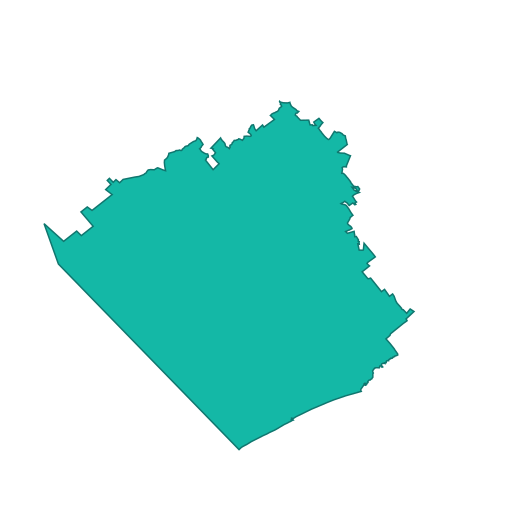 the district of Tizimín, Yucatán, Mexico, rotated 136°
{"feature_id": "50627088B55202518937979", "entity_name": "Tizimín", "entity_type": "district", "adm_level": 2, "iso_a3": "MEX", "parent_name": "Mexico", "parent_adm1": "Yucatán", "projection": "equal_earth", "projection_center": [-87.983, 21.249], "detail": "fine", "context": "isolated", "style": "filled", "palette": "teal", "viewbox_px": 512, "rotation_deg": 136, "n_neighbors": 0, "source": "geoboundaries", "source_scale": "gbopen_adm2", "svg_char_len": 6000}
<svg xmlns="http://www.w3.org/2000/svg" viewBox="0 0 512 512"><g transform="rotate(136 256 256)"><path d="M402.7,128.5L399.9,128.5L398.1,128.2L395.0,127.3L394.9,127.4L394.2,127.0L388.2,125.7L375.5,121.8L371.7,120.4L369.0,119.7L363.3,117.7L359.4,116.7L358.8,116.6L352.8,115.2L349.3,114.0L347.0,113.4L346.5,113.1L344.9,112.7L344.8,113.0L343.2,112.1L343.2,113.5L344.0,113.7L344.0,114.1L342.9,114.0L342.8,114.4L342.7,114.3L342.7,113.7L342.9,113.4L343.0,113.2L342.6,113.2L342.5,113.3L338.9,112.6L322.8,107.4L306.4,101.1L299.8,98.4L288.5,93.1L274.3,85.5L274.0,86.6L273.1,87.3L269.1,88.1L267.6,88.2L267.1,87.0L266.3,86.8L266.2,87.1L266.3,87.0L266.5,87.2L266.9,87.7L267.2,87.8L267.1,88.1L267.3,88.1L267.3,88.4L267.6,88.5L267.3,88.9L266.9,89.0L266.2,88.9L265.7,88.3L265.6,87.8L266.0,87.4L265.9,87.2L265.5,87.3L265.3,87.2L265.3,87.5L265.2,87.2L264.8,87.1L264.2,87.4L263.4,87.2L263.3,87.7L262.8,88.1L261.9,88.0L261.2,88.2L260.6,88.0L259.9,87.4L258.9,87.5L258.0,87.2L257.8,87.4L256.2,87.6L253.8,90.1L252.9,90.3L252.7,91.2L251.9,92.4L250.4,92.6L250.1,92.8L249.9,92.7L249.0,92.9L248.6,92.7L248.4,92.9L247.5,92.5L244.9,89.9L244.2,90.2L243.6,90.8L243.1,90.7L242.6,90.2L242.3,89.5L242.2,89.0L242.6,88.6L242.0,88.1L241.8,88.3L241.9,89.1L241.6,90.2L241.0,90.9L240.1,91.0L239.4,90.7L238.6,89.9L238.4,89.9L238.0,89.4L237.9,89.2L237.8,89.4L238.1,89.4L238.4,90.1L237.8,90.0L236.7,89.0L236.4,89.4L235.9,89.5L235.8,89.3L235.2,89.8L234.8,89.8L234.0,89.3L233.9,89.0L233.5,88.7L233.4,89.0L232.7,89.2L232.3,88.9L231.7,89.1L231.3,88.7L230.7,88.9L230.1,88.9L229.7,88.2L229.0,87.9L228.8,87.8L228.5,88.2L228.1,88.2L227.3,87.7L226.8,87.7L226.3,87.4L226.1,87.6L225.8,87.4L225.4,87.5L224.7,87.1L223.9,86.6L223.5,86.6L222.8,86.3L222.1,87.2L221.3,92.4L221.1,92.8L220.4,99.6L220.1,106.1L214.8,105.8L213.3,106.6L197.2,105.2L192.3,104.5L191.7,106.5L180.9,106.3L181.9,110.8L187.4,110.1L187.4,115.1L188.0,116.1L188.0,116.9L187.6,117.3L187.6,118.1L187.5,118.6L187.3,124.1L186.6,126.7L184.6,131.1L184.1,133.8L188.0,134.3L186.7,142.7L190.5,143.2L188.9,160.5L190.9,161.5L191.3,162.1L190.6,170.9L181.2,170.0L181.4,171.5L181.4,173.5L180.1,173.8L170.8,172.5L170.4,175.7L169.4,190.1L174.6,185.8L175.4,186.2L177.7,188.6L174.3,194.0L173.5,192.8L172.7,194.0L171.8,194.6L172.3,195.5L171.1,196.5L170.3,200.4L171.6,201.3L170.8,202.2L170.4,202.5L169.9,203.4L168.3,205.6L174.5,208.8L174.5,211.4L173.3,210.8L171.7,210.4L171.0,209.9L167.9,209.0L167.4,210.0L167.3,211.8L167.6,212.9L167.8,214.8L167.7,215.4L167.3,216.2L162.8,217.5L161.4,218.3L161.0,218.3L159.6,218.0L158.5,218.2L158.0,218.0L157.5,221.4L156.5,225.5L156.0,229.4L156.1,230.2L156.4,231.1L158.2,233.6L158.5,234.7L155.8,233.9L154.1,233.7L153.9,231.9L153.6,231.0L153.9,227.6L149.6,226.9L149.4,225.9L149.4,224.3L148.4,223.8L148.2,225.4L146.2,225.0L146.2,226.6L145.3,230.6L145.1,232.0L143.8,232.0L142.7,231.9L140.1,231.1L137.7,230.0L138.6,232.2L138.6,232.8L139.2,233.1L139.1,233.9L139.7,235.0L139.2,238.8L138.4,237.7L137.3,235.0L137.4,234.1L137.9,233.1L137.5,231.2L134.9,232.2L134.5,235.2L136.1,236.4L136.5,237.5L136.8,237.6L136.9,237.4L137.5,237.8L137.2,238.9L136.8,242.8L136.7,243.5L136.4,243.7L136.1,246.3L135.8,249.3L135.9,250.0L135.7,250.7L135.6,253.1L135.8,254.7L136.4,255.6L136.8,255.9L133.6,258.2L132.6,259.8L131.0,259.4L129.1,257.3L128.3,258.1L118.4,262.5L118.9,263.4L121.0,268.5L124.1,271.8L125.3,273.8L125.2,274.1L112.9,272.8L112.8,273.2L110.5,276.8L109.8,278.3L108.3,280.4L109.1,282.1L109.2,283.0L109.1,284.2L109.9,286.8L111.0,288.2L112.2,288.5L113.0,291.2L120.9,289.2L122.5,289.2L122.8,289.3L123.1,289.7L123.4,291.6L123.5,294.5L123.1,299.2L123.0,299.7L122.9,299.8L122.8,301.9L122.4,303.7L122.4,304.7L120.1,304.8L117.8,305.3L115.2,305.5L115.3,306.8L115.3,308.7L115.1,310.8L115.1,311.3L121.4,312.2L122.0,310.0L122.1,308.3L124.6,310.4L124.3,311.1L126.0,312.8L123.7,317.1L129.7,322.7L129.7,327.2L129.5,328.0L129.8,329.0L129.9,330.1L128.3,331.0L127.7,330.8L127.1,330.2L124.8,330.3L125.6,331.8L125.5,333.8L126.4,337.8L126.4,339.6L125.3,342.5L124.9,343.0L127.0,344.2L129.9,347.2L131.5,349.7L131.6,350.8L131.9,350.6L132.2,348.8L133.2,348.1L133.0,347.1L133.3,346.4L133.7,345.8L136.8,346.1L137.6,345.6L139.1,345.1L140.8,345.3L141.1,345.6L143.2,346.1L143.8,346.5L145.4,347.0L146.3,347.2L147.4,347.0L148.0,347.1L147.9,341.4L160.8,343.2L160.3,345.7L168.9,346.0L168.5,348.5L167.0,351.4L166.7,352.2L168.1,353.1L169.5,352.9L171.6,352.1L172.5,352.2L172.7,351.8L175.7,350.5L175.3,347.5L175.6,346.2L175.9,345.8L177.1,346.1L179.3,348.6L181.4,350.3L182.3,349.5L183.2,348.9L184.3,348.9L185.4,348.6L186.3,351.1L187.0,352.3L187.9,352.2L189.3,352.9L189.9,353.0L191.4,354.3L193.0,353.9L194.3,354.0L195.2,353.4L196.2,353.2L197.8,353.7L198.6,353.1L198.9,352.3L200.6,351.8L200.7,353.2L200.9,354.0L201.5,355.0L201.6,355.8L201.4,356.5L200.2,358.6L200.0,361.3L200.2,362.2L199.8,364.1L199.8,364.9L199.5,365.5L213.5,364.9L212.4,363.4L212.3,362.8L213.0,362.9L213.4,358.4L215.4,358.0L216.4,357.9L218.2,358.6L218.6,350.1L218.4,348.9L218.5,348.0L226.9,347.9L225.7,360.1L224.8,360.1L224.0,360.7L223.4,360.7L223.1,361.0L222.8,361.0L221.6,360.3L220.6,361.3L219.9,363.0L220.5,363.6L221.0,364.2L221.7,365.7L222.0,367.2L222.3,367.7L222.5,369.7L222.0,371.8L222.1,372.3L220.0,372.3L218.8,372.8L216.6,373.0L216.2,374.5L215.9,376.5L215.5,377.6L215.4,378.5L215.6,380.8L216.0,382.0L217.8,381.0L219.3,380.8L221.5,381.8L223.9,382.3L226.5,382.8L227.9,382.5L229.3,383.0L229.7,383.5L231.1,384.0L232.2,383.8L234.9,384.0L235.7,383.6L236.4,383.7L237.0,384.4L237.2,385.2L238.7,386.0L240.3,387.4L241.4,387.5L242.4,387.8L247.3,390.4L248.6,389.5L250.7,388.6L252.3,388.3L255.2,388.5L257.0,386.9L258.9,384.5L261.8,380.2L263.0,382.3L265.4,387.7L266.3,388.1L269.3,388.7L271.8,391.4L273.8,392.8L275.8,392.6L277.4,392.1L278.8,392.5L280.1,392.5L284.9,394.5L288.4,397.0L298.4,403.4L303.2,403.4L303.7,408.2L307.5,408.2L307.5,413.7L310.5,413.7L310.6,408.2L318.0,408.2L316.8,400.1L342.3,402.7L343.3,408.5L351.3,409.3L352.5,390.5L367.5,392.0L367.7,398.5L384.2,400.2L386.0,426.5L403.7,387.5L402.7,128.5Z" fill="#14b8a6" stroke="#0f766e" stroke-width="1.5"/></g></svg>